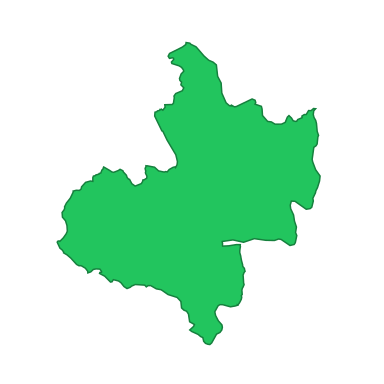 Telimele, Télimélé, Guinea, rotated 104°
{"feature_id": "49546643B50480493924889", "entity_name": "Telimele", "entity_type": "district", "adm_level": 2, "iso_a3": "GIN", "parent_name": "Guinea", "parent_adm1": "Télimélé", "projection": "mercator", "projection_center": [-13.353, 10.89], "detail": "fine", "context": "isolated", "style": "filled", "palette": "green", "viewbox_px": 384, "rotation_deg": 104, "n_neighbors": 0, "source": "geoboundaries", "source_scale": "gbopen_adm2", "svg_char_len": 4058}
<svg xmlns="http://www.w3.org/2000/svg" viewBox="0 0 384 384"><g transform="rotate(104 192 192)"><path d="M127.3,246.6L140.0,236.0L140.1,235.0L147.6,228.8L159.8,216.7L166.0,213.5L169.0,213.1L172.1,213.8L172.3,213.9L171.6,214.3L172.6,216.3L175.7,219.6L178.5,220.9L178.6,222.7L179.4,223.7L179.6,229.6L177.0,234.3L177.4,241.6L177.7,242.8L177.7,243.0L178.5,242.8L180.4,243.2L182.0,242.5L182.7,241.9L184.4,241.9L185.4,241.4L186.5,240.4L187.3,239.8L187.8,239.5L189.6,239.3L191.8,241.5L192.1,242.5L193.9,242.5L195.5,243.0L196.2,243.3L200.0,248.6L198.5,252.4L194.8,255.7L194.9,256.6L193.6,258.5L191.6,259.7L189.2,263.4L188.1,264.2L187.4,267.3L189.0,268.7L191.9,272.8L191.9,274.6L190.9,277.4L189.1,283.7L189.1,283.8L191.5,284.0L192.4,284.7L195.7,285.1L196.5,286.6L197.2,286.6L198.7,289.4L199.7,290.0L200.4,291.5L202.0,291.7L205.7,290.8L205.9,293.2L208.4,297.6L213.7,300.4L215.9,300.3L217.7,301.6L218.3,304.7L219.9,307.6L220.6,307.2L227.4,308.6L233.2,311.2L237.3,312.1L238.3,311.6L240.2,311.8L243.3,313.1L247.8,311.6L250.5,307.8L254.8,305.2L260.2,303.5L263.1,304.0L267.7,305.8L271.9,308.3L271.6,309.2L272.4,310.5L273.4,310.6L278.5,306.5L279.6,304.0L281.3,302.0L282.1,301.9L283.2,298.1L285.4,293.7L290.2,286.5L290.9,283.8L290.3,281.7L291.7,277.1L294.1,274.0L295.7,273.5L294.0,270.9L291.0,269.0L289.8,266.4L289.1,262.7L290.9,260.6L291.7,260.4L292.3,261.9L293.4,262.0L294.8,256.3L299.1,249.3L298.5,247.9L296.1,247.1L296.1,241.8L297.2,239.0L300.2,235.1L301.4,231.7L299.5,229.0L297.9,227.8L295.5,224.7L293.8,215.3L295.1,213.4L293.5,212.0L292.8,209.4L294.6,203.2L294.3,198.3L297.3,190.4L297.9,180.9L300.9,176.3L307.0,174.1L308.6,171.3L309.0,168.4L311.3,165.9L318.5,162.9L320.0,157.6L322.0,157.9L326.4,160.8L327.4,158.6L328.7,151.6L330.2,148.6L330.6,146.3L333.9,144.6L334.0,144.6L335.6,142.3L335.9,139.8L335.7,137.8L333.7,136.4L324.0,133.8L321.5,130.9L318.7,129.7L315.9,129.8L313.7,130.8L310.6,135.3L306.2,139.2L302.7,140.9L296.2,139.2L294.6,137.8L293.9,134.9L294.1,126.9L292.2,122.6L290.7,120.1L290.4,120.4L290.4,120.1L288.0,119.1L285.6,118.5L285.4,118.5L284.2,118.2L282.0,118.3L280.7,119.1L279.3,118.5L275.9,119.6L275.1,119.9L272.9,119.8L271.7,119.4L270.7,119.3L269.8,119.1L269.1,119.1L267.8,119.9L265.5,120.6L263.4,121.3L262.1,121.7L260.4,122.3L259.6,122.3L259.0,122.1L258.3,122.1L257.7,122.1L256.1,121.3L255.0,122.0L253.6,122.6L253.0,123.2L252.3,124.2L252.0,124.7L250.3,125.3L248.5,126.3L246.5,127.4L243.9,128.6L242.2,129.3L240.6,130.2L239.5,130.9L238.4,131.2L236.9,131.5L234.9,131.7L233.3,131.8L232.3,132.3L231.4,132.4L232.3,136.2L235.4,143.5L237.1,149.2L236.0,149.6L234.5,149.9L233.1,150.7L232.7,150.7L228.6,140.7L228.3,129.8L222.2,120.3L221.0,108.7L219.1,100.3L216.6,96.5L216.5,94.0L220.2,84.0L218.2,80.2L216.2,79.5L213.5,79.6L208.9,79.8L206.3,81.7L200.7,82.2L195.5,85.5L189.7,87.9L184.4,92.2L181.0,93.5L176.8,93.4L176.1,89.8L181.1,77.0L179.5,73.3L177.8,72.1L171.4,72.1L168.9,73.2L163.0,72.0L160.9,72.1L157.4,71.3L150.5,70.9L146.9,71.4L145.5,71.6L140.5,77.4L133.7,82.1L131.3,83.3L119.2,84.6L117.1,82.8L115.1,82.2L108.0,83.2L106.5,82.9L102.9,85.2L95.4,87.8L92.6,89.3L90.1,91.7L87.4,93.1L83.8,93.5L81.3,92.2L81.6,94.3L84.2,96.1L84.8,98.6L89.2,99.9L89.7,101.8L91.7,103.7L93.3,103.2L96.1,106.9L98.1,107.6L98.5,108.9L98.4,111.1L96.2,113.3L94.4,116.4L96.3,117.6L101.9,118.4L104.5,121.6L106.1,127.8L104.8,131.9L105.2,135.7L100.7,142.1L94.5,144.1L92.1,145.4L91.5,152.1L89.7,151.8L87.7,153.0L87.2,156.2L98.3,169.6L99.1,171.4L98.0,175.5L98.9,174.1L99.2,176.6L97.2,180.5L88.8,187.0L79.2,190.1L73.6,195.1L62.8,199.1L60.9,202.9L60.1,207.7L57.1,213.3L50.2,223.1L48.9,229.0L48.1,230.1L48.4,233.9L50.4,233.7L53.7,236.4L63.0,247.3L66.0,248.0L67.8,246.2L66.5,243.4L66.7,242.3L67.7,241.8L70.9,243.4L72.2,242.6L72.7,235.0L73.6,232.3L75.5,230.0L76.8,229.2L80.1,231.1L84.9,231.6L86.7,230.7L87.9,228.7L90.7,228.7L92.9,225.2L96.1,225.9L100.4,231.6L103.3,232.7L104.9,232.0L110.4,231.5L111.9,232.4L113.9,239.5L116.3,238.6L119.7,240.1L119.0,241.8L119.7,242.3L119.6,243.0L120.7,243.2L121.7,245.2L122.6,245.5L123.5,247.2L127.3,246.6Z" fill="#22c55e" stroke="#15803d" stroke-width="1.5"/></g></svg>